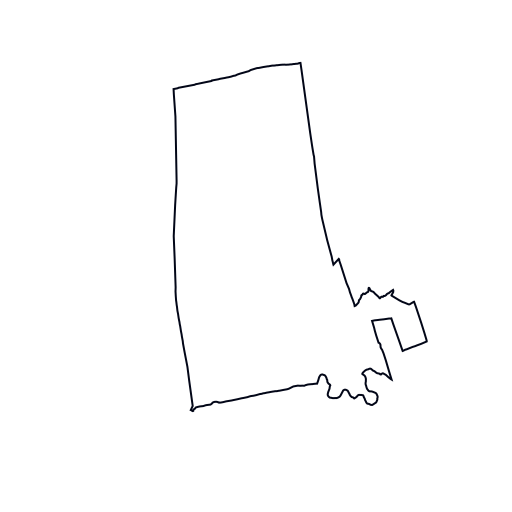 the district of Largu, Buzau, Romania, rotated 152°
{"feature_id": "2599482B79173737631548", "entity_name": "Largu", "entity_type": "district", "adm_level": 2, "iso_a3": "ROU", "parent_name": "Romania", "parent_adm1": "Buzau", "projection": "orthographic", "projection_center": [27.131, 44.958], "detail": "fine", "context": "isolated", "style": "outline", "palette": "ink", "viewbox_px": 512, "rotation_deg": 152, "n_neighbors": 0, "source": "geoboundaries", "source_scale": "gbopen_adm2", "svg_char_len": 5987}
<svg xmlns="http://www.w3.org/2000/svg" viewBox="0 0 512 512"><g transform="rotate(152 256 256)"><path d="M212.6,431.7L213.0,431.4L228.7,436.0L229.7,436.0L245.4,440.9L246.5,440.9L250.4,442.1L252.6,437.4L261.7,416.9L290.9,359.5L292.2,357.1L294.3,353.9L303.5,338.9L319.3,312.2L328.9,292.2L341.7,266.0L343.7,262.5L345.6,258.4L347.5,254.1L347.9,252.9L349.1,249.8L349.6,248.3L351.1,244.5L352.0,241.5L353.4,237.6L354.3,234.7L354.5,233.9L354.9,232.8L355.3,231.7L355.9,229.6L357.6,224.7L358.5,221.7L359.3,219.5L360.6,215.3L361.5,213.1L364.2,204.6L368.6,190.3L373.4,177.6L382.3,153.3L385.9,150.6L385.4,150.0L385.1,149.3L384.9,148.9L384.6,148.7L384.4,148.7L384.1,148.7L383.6,149.4L383.3,149.6L383.0,149.8L381.5,149.9L380.8,150.3L380.4,150.5L379.6,150.4L377.9,150.0L376.1,149.5L373.4,148.4L372.8,148.2L371.4,148.0L370.4,147.8L369.4,147.5L366.3,146.3L366.0,146.2L365.6,146.2L364.7,146.3L363.8,146.6L363.2,146.9L362.7,146.9L361.6,146.8L360.9,146.6L359.6,146.0L358.9,145.5L357.8,144.4L357.3,144.0L357.4,143.9L356.8,143.5L355.5,143.0L353.6,142.4L350.7,141.7L345.1,139.8L344.3,139.6L339.5,138.2L335.7,137.2L334.8,136.9L333.6,136.5L332.9,136.3L331.5,135.9L329.8,135.4L327.4,135.0L326.2,134.7L323.8,133.8L321.3,133.1L317.0,132.2L316.5,131.9L315.4,131.6L314.2,131.4L312.6,130.8L310.6,130.3L308.6,129.6L306.9,129.1L304.8,128.4L303.4,127.9L302.7,127.7L300.9,126.8L299.4,126.4L298.4,126.0L294.4,124.8L291.3,123.8L290.5,123.6L289.2,123.4L284.3,123.3L279.9,121.9L278.0,120.7L275.6,119.6L274.7,119.0L274.3,118.8L272.9,118.7L270.6,118.2L269.3,117.7L267.2,116.8L266.1,116.3L264.9,115.9L262.5,114.9L262.0,114.6L259.6,116.8L258.7,117.7L257.6,118.9L256.9,119.5L255.5,120.3L254.8,120.6L254.2,120.6L253.7,120.5L253.2,120.3L252.8,120.1L252.1,119.2L251.7,118.9L251.3,118.4L251.1,117.6L251.0,117.0L251.0,115.8L251.1,115.0L251.3,114.2L251.4,113.7L251.3,113.2L251.5,112.7L252.0,111.5L252.1,111.0L251.9,109.3L251.1,107.7L251.1,107.2L251.2,106.8L251.9,106.4L253.2,104.6L253.4,104.3L256.1,102.0L256.8,101.2L257.5,100.4L257.8,99.8L258.0,99.2L258.0,98.4L257.8,97.4L257.4,96.5L257.2,96.2L256.4,95.7L255.6,95.0L255.0,94.5L253.7,93.8L253.0,93.5L252.2,93.1L251.5,92.7L250.3,92.5L248.3,92.5L247.3,92.9L246.6,93.3L242.2,96.3L241.8,96.4L240.9,96.4L240.4,96.3L239.7,95.9L239.2,95.4L238.4,94.2L238.3,93.7L238.2,93.4L238.3,92.0L238.2,90.4L238.4,89.7L238.2,87.9L237.7,86.5L236.9,85.8L236.6,85.4L236.4,85.0L236.3,84.3L236.1,84.1L234.4,84.2L232.9,84.5L232.1,84.9L231.4,85.1L230.6,85.1L230.2,85.0L229.1,84.3L228.3,83.9L226.9,82.8L226.8,82.5L226.9,81.3L227.1,80.6L227.0,79.5L227.0,79.0L227.2,78.2L227.3,77.7L227.3,76.7L227.3,75.8L227.4,75.0L227.3,74.2L227.1,73.5L226.8,73.2L226.2,72.8L225.3,71.9L224.9,71.1L224.2,70.4L223.2,69.9L218.7,70.3L218.1,70.7L216.3,72.2L215.8,73.3L215.3,73.7L214.7,74.6L214.5,75.2L214.3,77.6L214.6,78.8L215.7,80.2L216.8,81.5L217.7,82.3L219.3,83.2L219.7,83.8L220.0,84.5L220.1,85.5L220.3,86.4L220.2,87.5L219.9,89.0L219.6,90.0L219.6,90.7L219.3,91.6L218.9,92.4L217.6,94.1L217.3,94.9L216.9,95.4L216.6,96.1L216.3,97.3L216.2,98.1L216.2,98.7L216.4,99.7L217.4,101.6L217.5,102.0L217.3,102.2L217.1,102.4L216.6,102.7L215.8,103.0L213.6,103.6L212.6,103.7L211.6,103.7L210.9,103.5L210.4,103.3L208.7,103.2L208.2,103.0L207.8,102.8L207.4,102.3L207.1,101.5L206.8,100.8L206.5,99.9L205.5,98.7L204.5,96.3L204.0,95.6L202.5,94.4L202.1,94.0L202.0,93.5L201.8,93.4L201.8,93.1L201.6,92.9L201.3,92.7L200.1,93.0L199.4,93.0L199.0,92.8L198.7,92.5L198.1,91.5L197.2,90.2L196.9,89.4L196.2,87.3L195.6,85.9L194.8,84.1L194.3,83.3L192.6,92.1L191.2,98.9L191.1,99.4L190.4,102.8L189.1,110.2L188.7,114.0L188.9,115.4L188.9,116.2L188.8,117.0L187.8,119.2L187.7,120.0L187.8,120.7L188.1,121.5L188.5,121.9L187.2,129.3L186.1,134.5L185.4,137.1L184.0,144.2L181.5,143.5L178.5,142.3L176.6,141.6L172.9,140.1L167.8,138.3L166.8,137.7L165.8,137.4L166.8,131.5L169.7,112.3L170.9,104.7L171.1,103.3L170.5,103.2L168.1,103.2L167.1,102.9L160.4,102.2L157.3,101.6L156.5,101.6L151.5,100.9L145.4,100.4L145.1,101.0L144.8,102.2L143.4,109.2L141.5,119.4L138.7,135.8L137.9,141.4L138.3,141.5L143.0,141.2L143.6,141.4L144.1,141.8L146.8,145.1L148.2,146.6L150.2,149.5L154.9,157.4L154.9,157.7L151.9,159.6L151.0,160.9L150.9,161.7L153.5,161.4L155.2,161.1L155.9,160.9L156.4,160.8L156.9,161.0L157.7,161.0L158.5,160.9L159.2,160.5L160.1,160.3L161.0,160.3L161.4,160.4L162.0,160.8L162.9,160.4L163.2,160.4L163.4,160.5L163.9,161.0L164.2,161.1L164.8,161.1L166.3,160.5L166.5,160.5L166.8,161.0L166.8,161.5L167.0,162.4L167.9,165.0L168.3,166.0L168.7,167.2L169.0,168.6L169.3,169.3L169.7,169.8L170.4,170.6L170.8,171.0L170.9,171.4L171.0,172.4L171.0,174.5L171.2,174.8L171.4,174.9L171.7,174.7L172.2,174.0L173.1,172.3L173.5,172.0L174.0,171.7L174.6,171.7L175.2,171.8L175.8,171.7L176.4,171.5L177.6,171.3L177.9,171.4L178.5,172.2L178.8,172.4L179.3,172.5L179.6,172.3L180.1,171.9L180.4,171.8L181.1,171.9L181.5,171.7L182.2,170.7L183.1,170.0L184.2,169.2L184.9,168.9L185.7,168.7L186.1,168.3L186.7,167.4L187.1,167.0L187.7,166.6L188.6,166.3L190.9,165.5L191.3,165.4L192.4,165.5L191.8,167.4L191.2,171.4L190.9,173.7L190.9,174.3L190.5,176.7L190.1,179.8L189.9,180.7L189.3,183.3L188.8,189.5L185.4,208.1L184.6,213.2L184.3,213.6L184.2,214.2L184.3,214.6L191.7,212.0L191.6,212.5L191.0,214.7L190.6,216.5L190.1,217.9L189.4,220.2L188.9,222.5L185.7,236.6L184.8,240.0L180.4,256.8L179.8,258.9L178.9,261.7L177.8,264.3L174.5,273.5L169.7,286.7L160.9,310.0L158.0,316.7L157.7,318.2L154.9,326.5L150.5,338.9L128.6,398.6L126.1,405.6L127.3,406.1L128.3,406.1L128.9,406.3L129.6,406.5L130.5,407.0L131.5,407.3L132.8,407.9L134.9,408.6L135.8,409.1L136.4,409.3L137.2,409.6L138.1,410.0L138.9,410.4L139.8,410.8L141.0,411.6L142.6,412.4L144.9,413.4L147.3,414.3L148.3,414.8L150.1,415.4L152.3,416.5L156.1,417.7L156.7,418.0L160.8,419.4L165.2,420.7L166.8,421.4L167.7,421.6L172.9,422.6L173.7,422.7L175.0,422.6L175.7,422.6L177.9,423.1L180.8,423.7L183.9,424.4L186.2,424.8L187.6,425.0L189.2,425.0L190.1,425.2L191.1,425.6L193.9,426.1L196.2,426.7L198.3,427.4L199.9,427.8L203.5,429.0L204.8,429.4L206.3,429.7L212.6,431.7Z" fill="none" stroke="#020617" stroke-width="2"/></g></svg>